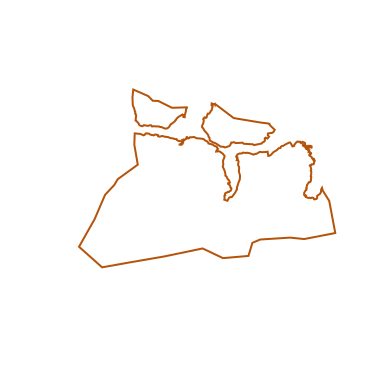 Kvalsund nor, Finnmark, Norway, rotated 54°
{"feature_id": "86288312B73614960684794", "entity_name": "Kvalsund nor", "entity_type": "district", "adm_level": 2, "iso_a3": "NOR", "parent_name": "Norway", "parent_adm1": "Finnmark", "projection": "orthographic", "projection_center": [24.169, 70.397], "detail": "fine", "context": "isolated", "style": "outline", "palette": "amber", "viewbox_px": 384, "rotation_deg": 54, "n_neighbors": 0, "source": "geoboundaries", "source_scale": "gbopen_adm2", "svg_char_len": 5899}
<svg xmlns="http://www.w3.org/2000/svg" viewBox="0 0 384 384"><g transform="rotate(54 192 192)"><path d="M265.1,84.4L265.8,85.9L267.9,87.8L268.7,89.4L268.7,93.0L270.2,94.1L270.8,95.2L270.5,95.9L270.3,96.8L269.6,97.5L269.2,97.2L268.1,97.3L267.1,98.1L266.8,99.5L265.8,100.1L265.6,100.9L264.6,101.8L262.9,102.8L262.6,102.5L262.6,102.8L262.1,102.8L261.7,102.3L262.5,102.1L262.1,102.1L261.6,102.2L262.1,102.8L260.2,103.0L258.5,101.6L257.7,99.7L257.6,99.1L257.6,98.4L256.9,98.2L256.9,97.9L256.9,97.6L256.2,96.9L255.6,96.9L255.4,96.4L253.8,94.6L253.3,92.8L252.8,91.8L252.8,91.4L253.2,91.1L253.4,90.4L252.7,89.1L251.3,88.0L251.3,87.9L251.2,87.8L250.7,87.9L250.8,87.9L250.7,87.5L250.0,86.7L249.0,86.7L247.7,85.1L245.6,83.5L244.5,83.4L244.0,82.3L241.5,81.3L239.8,81.1L239.8,80.5L240.3,79.8L240.0,79.4L240.0,78.6L240.7,78.1L240.9,77.3L240.8,76.8L239.6,75.8L239.0,74.4L238.8,74.3L236.7,73.9L236.6,74.0L237.1,74.1L236.6,74.4L237.0,74.8L236.2,74.7L235.8,74.8L236.0,75.0L235.3,75.0L233.9,74.7L231.4,75.6L230.8,75.2L230.8,74.9L231.1,74.2L231.0,73.4L231.0,73.1L230.5,72.8L230.1,72.9L229.5,73.7L228.6,73.7L228.2,74.3L227.8,74.0L227.7,73.7L227.8,73.1L226.7,73.3L226.7,73.0L226.3,73.3L225.7,72.6L225.6,72.8L225.4,73.4L224.7,74.0L223.8,74.4L223.2,74.0L224.1,72.0L224.2,71.3L225.4,70.1L225.6,69.4L225.6,69.2L225.9,69.2L226.0,68.8L225.2,68.4L224.7,68.8L225.4,69.2L224.1,69.5L223.7,69.9L222.9,70.8L223.1,71.1L223.0,71.3L223.6,71.5L222.8,71.8L223.2,71.8L222.7,72.6L222.7,72.3L221.8,72.8L221.4,73.2L221.1,73.9L219.9,75.0L219.6,75.0L219.2,74.4L219.4,73.9L219.5,73.5L220.1,72.8L219.1,72.9L218.9,72.5L219.1,72.0L218.8,71.8L218.4,72.1L218.7,72.4L218.1,72.3L218.1,72.5L217.3,72.8L216.5,72.9L216.4,73.0L216.5,73.3L216.3,73.7L216.7,74.1L216.2,74.4L216.7,74.6L216.9,74.8L216.8,75.0L215.4,75.0L215.5,75.3L214.3,75.7L214.0,76.4L213.3,76.8L213.1,77.1L213.2,78.7L214.0,81.6L214.8,82.3L214.2,83.9L211.1,83.5L209.5,83.6L209.1,84.5L208.4,88.7L208.3,91.0L207.6,92.4L207.7,93.7L208.4,94.6L207.5,96.3L208.0,98.7L207.6,102.6L208.3,106.2L208.2,108.1L207.6,109.1L203.8,107.1L203.0,108.8L200.6,112.4L199.4,113.4L199.0,117.4L198.2,118.6L198.0,120.2L194.6,122.5L192.6,124.4L191.9,125.7L190.1,127.6L190.1,129.0L188.8,130.8L188.3,133.2L189.3,135.4L191.0,135.8L191.0,135.1L191.7,135.5L192.6,137.0L193.3,136.0L194.7,136.4L197.1,138.8L199.6,139.3L200.8,140.1L202.7,141.9L207.1,143.6L210.1,146.1L211.2,148.1L215.1,153.4L216.3,154.0L217.1,156.0L217.8,157.2L219.1,161.3L219.5,163.0L218.7,163.8L218.4,165.3L219.9,168.5L217.2,170.4L216.1,169.2L214.2,168.1L214.0,167.6L214.1,167.3L213.8,167.3L212.7,166.1L212.5,165.4L213.1,163.9L212.9,163.2L213.0,163.0L213.0,162.8L213.7,162.1L213.5,161.3L213.7,160.0L213.0,158.6L211.9,157.9L211.3,158.3L209.0,157.4L206.5,158.0L206.1,157.6L206.6,157.0L206.5,156.2L207.5,156.0L204.3,155.2L203.4,155.5L200.7,155.3L199.8,154.9L198.4,155.4L197.1,154.4L193.9,153.1L189.5,152.2L188.5,150.8L184.9,148.5L183.0,145.5L182.1,144.5L179.5,144.5L175.6,145.7L174.5,146.8L173.5,148.7L173.4,148.6L173.7,147.6L173.4,147.4L173.6,147.8L173.3,148.5L173.1,148.3L173.0,147.4L173.0,147.0L172.7,147.0L172.4,145.6L171.0,145.7L169.8,145.4L168.2,146.6L165.7,147.5L162.4,150.2L161.7,149.8L160.0,150.0L158.2,151.0L155.9,151.6L153.8,153.6L151.5,156.4L150.7,157.0L148.6,158.0L147.8,159.8L146.5,161.4L146.5,161.7L146.7,162.1L146.8,162.7L146.3,163.8L145.7,164.1L145.3,163.6L144.9,163.6L144.5,163.8L144.5,164.1L145.0,164.2L145.0,164.8L145.2,165.3L145.5,165.2L145.6,165.8L145.4,166.6L145.5,167.2L144.7,167.7L144.3,168.8L145.5,168.5L146.0,169.4L146.8,170.1L147.5,171.4L147.6,171.8L147.6,172.6L147.3,173.2L146.4,174.2L146.2,174.1L146.5,173.0L146.5,171.5L146.3,170.9L145.4,170.5L144.6,170.9L142.3,173.2L141.2,173.6L140.3,173.4L139.9,173.6L139.8,173.9L139.0,174.9L137.4,175.9L135.7,177.8L133.3,179.2L133.0,179.8L131.7,180.9L131.4,181.5L129.5,182.8L128.7,184.1L128.7,184.7L128.0,185.9L127.2,186.6L126.7,186.6L126.5,186.1L126.2,186.0L125.2,186.5L124.9,187.0L124.0,187.8L123.7,188.4L123.8,188.9L123.7,189.7L123.5,189.9L122.5,190.6L122.3,191.1L120.6,192.2L119.4,192.6L117.5,194.8L117.5,195.4L117.8,195.9L117.9,196.4L117.8,196.7L117.9,197.3L117.8,197.8L114.6,199.7L110.9,203.9L119.9,210.9L138.0,219.8L138.0,244.7L140.6,250.6L143.2,264.0L156.7,286.7L169.9,315.6L200.1,309.0L211.4,285.7L227.8,252.4L243.9,216.6L263.7,205.8L276.9,183.9L268.6,173.0L270.5,164.8L286.6,139.4L296.0,128.9L309.4,100.2L279.8,86.2L267.8,85.4L265.1,84.4ZM134.1,121.6L133.7,123.2L133.2,123.1L131.9,124.0L133.2,125.2L133.7,125.2L134.1,124.6L134.7,124.8L137.5,128.2L137.5,129.4L138.3,130.6L138.5,131.2L138.5,132.5L137.9,133.2L139.2,135.2L140.3,136.5L140.0,137.5L139.1,137.8L139.1,138.6L139.6,140.1L140.5,140.1L142.6,141.9L144.6,145.3L145.9,145.8L146.8,145.5L150.4,145.9L151.5,145.6L155.5,145.4L156.9,146.1L158.5,146.0L160.1,147.0L161.1,147.2L163.9,146.0L165.6,144.8L167.3,143.9L172.2,142.1L173.7,140.2L175.4,139.1L176.8,134.7L176.3,133.1L175.1,131.1L175.8,130.3L176.3,128.8L178.1,127.9L181.7,122.3L183.5,121.7L189.1,114.8L190.5,114.2L193.7,107.2L193.3,105.8L193.7,104.8L193.3,102.8L191.3,101.6L191.3,100.5L193.1,99.6L192.5,97.1L190.5,97.3L189.3,96.2L190.0,94.6L191.3,92.5L191.2,90.4L190.3,88.5L185.0,89.5L182.6,89.7L182.3,89.3L181.9,89.5L175.7,96.1L156.7,114.8L134.9,121.4L135.2,122.0L134.1,121.6ZM74.6,179.3L80.4,184.5L87.0,188.9L91.1,189.9L92.8,190.7L94.0,190.8L95.1,191.9L95.7,191.7L96.4,192.1L97.1,192.1L101.1,195.7L101.8,195.2L105.3,194.9L107.1,195.3L109.4,193.8L109.7,192.5L109.6,191.7L112.6,188.8L113.2,187.0L114.1,185.8L115.5,185.8L116.2,184.5L119.7,180.1L120.6,179.6L121.7,178.4L124.4,176.9L125.7,175.4L126.0,173.9L125.9,172.8L125.7,171.7L124.9,170.0L124.7,169.2L124.9,168.3L124.7,164.1L124.2,163.4L124.2,162.3L123.5,161.2L123.3,158.6L123.5,156.0L123.7,154.1L124.6,153.8L125.4,154.0L125.7,154.7L126.3,154.9L127.2,154.0L125.5,152.6L123.2,149.6L121.6,148.3L120.9,146.5L120.5,146.4L112.1,158.7L98.5,165.8L95.1,170.1L88.8,171.0L74.6,179.3Z" fill="none" stroke="#b45309" stroke-width="2"/></g></svg>